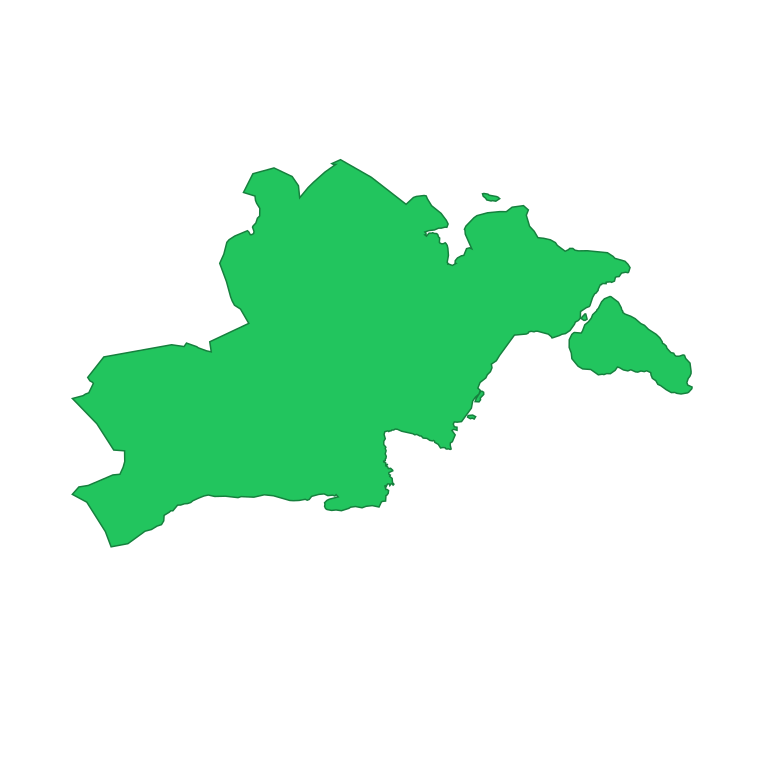 outline of Sorong, Papua Barat, Indonesia, rotated 191°
{"feature_id": "22746128B25112391877259", "entity_name": "Sorong", "entity_type": "district", "adm_level": 2, "iso_a3": "IDN", "parent_name": "Indonesia", "parent_adm1": "Papua Barat", "projection": "albers", "projection_center": [131.348, -1.055], "detail": "fine", "context": "isolated", "style": "filled", "palette": "green", "viewbox_px": 768, "rotation_deg": 191, "n_neighbors": 0, "source": "geoboundaries", "source_scale": "gbopen_adm2", "svg_char_len": 6157}
<svg xmlns="http://www.w3.org/2000/svg" viewBox="0 0 768 768"><g transform="rotate(191 384 384)"><path d="M305.7,333.0L307.4,336.7L307.6,338.9L305.9,340.4L304.4,347.6L308.5,351.4L307.0,352.8L303.5,352.5L304.1,355.5L306.8,355.4L308.4,358.0L307.7,360.2L304.9,360.5L300.7,361.9L293.6,377.0L293.7,384.2L291.7,388.6L288.8,392.3L288.4,396.2L291.1,397.9L290.0,403.8L285.2,409.4L284.4,412.7L281.9,416.4L281.1,420.5L282.4,424.0L278.2,428.2L276.0,434.1L265.3,456.9L253.9,460.2L252.3,461.3L251.8,462.7L249.7,463.8L246.6,463.9L245.1,464.8L243.2,465.1L232.2,464.3L228.5,462.2L228.2,461.4L227.5,461.4L221.0,465.1L218.8,466.8L215.5,468.1L211.6,472.0L208.4,479.0L208.0,481.3L205.5,483.3L204.6,484.6L203.9,486.4L204.9,492.6L199.9,497.6L197.3,499.2L196.8,500.3L195.7,508.9L194.4,512.8L193.3,513.6L191.7,516.7L191.8,518.0L190.6,522.7L189.4,523.1L188.9,524.3L185.1,524.9L185.4,526.2L185.0,526.4L181.3,527.5L180.0,527.2L177.4,529.0L177.2,532.7L176.3,533.6L173.7,534.3L172.0,538.2L168.2,539.8L165.8,539.8L165.2,540.6L164.7,545.2L167.4,548.1L170.9,550.5L181.4,551.4L183.3,552.9L189.7,555.5L209.9,553.6L218.4,551.8L222.1,551.8L224.5,553.1L227.6,552.5L228.5,551.1L231.5,548.9L240.3,553.1L242.7,555.5L248.2,557.3L255.0,557.5L260.8,557.0L265.7,562.6L271.2,566.6L276.5,576.8L275.5,582.4L281.1,585.7L292.0,582.0L296.8,576.5L303.3,575.3L315.1,571.8L324.9,567.0L327.4,564.4L333.7,554.7L334.6,551.2L333.9,550.5L332.8,546.6L323.6,533.4L326.0,534.0L328.8,532.6L330.2,525.5L332.5,524.6L335.9,521.8L337.6,518.7L337.3,516.2L336.4,516.1L339.5,513.4L343.4,514.1L344.5,513.6L344.8,513.5L343.4,514.1L345.2,515.4L345.3,522.6L347.2,529.4L348.4,532.1L349.9,533.7L350.9,534.3L352.4,533.1L354.1,532.6L356.1,533.1L356.7,533.7L357.2,537.9L358.6,538.8L359.7,540.9L361.0,541.7L363.4,541.4L365.1,541.8L365.9,541.2L368.5,540.7L370.5,537.2L372.4,538.2L371.3,538.8L371.6,540.1L372.9,541.0L369.3,543.1L363.8,544.9L360.2,547.4L357.6,547.9L354.0,549.6L352.2,549.8L351.6,553.3L354.0,556.5L360.5,562.4L371.3,568.1L376.7,574.0L378.5,576.7L380.6,576.7L388.0,574.3L390.7,572.7L396.6,564.6L435.9,584.5L469.5,595.9L477.3,590.4L475.7,589.9L473.3,590.3L482.4,580.8L491.7,568.6L496.0,562.3L502.3,550.7L505.8,562.3L513.7,570.1L533.2,575.1L552.8,565.4L558.5,545.2L546.5,543.9L545.2,539.8L543.5,537.1L539.4,532.7L538.1,525.2L539.9,522.6L540.5,517.6L542.7,514.1L543.0,512.9L540.7,508.9L540.7,506.8L542.3,505.4L543.8,505.1L545.8,507.5L547.3,508.4L558.7,500.8L563.6,496.1L565.3,493.1L566.0,480.9L568.3,471.1L558.2,454.5L551.2,440.3L548.9,436.6L545.8,432.8L539.2,430.2L528.3,417.7L563.1,392.2L559.7,382.6L564.7,382.7L573.3,384.1L574.9,384.9L585.7,386.5L587.4,382.6L600.0,382.0L664.2,357.1L676.1,333.9L673.3,331.0L670.6,330.1L669.4,329.1L672.1,319.0L675.2,317.1L677.2,315.1L687.1,310.3L658.3,290.2L636.7,267.6L625.9,268.9L623.7,258.4L624.2,252.4L626.0,245.0L632.8,243.0L654.9,228.0L663.9,224.7L668.9,216.2L653.2,211.3L629.3,185.9L620.8,172.1L604.9,178.4L590.5,193.9L584.5,196.8L579.7,201.2L575.6,203.5L574.1,207.6L574.8,213.1L570.3,217.2L569.2,218.8L567.0,219.3L563.5,225.7L560.5,226.4L556.9,228.4L554.1,229.1L551.1,230.8L549.4,232.9L544.4,236.5L539.4,239.7L535.3,241.5L528.8,241.3L518.3,243.6L505.6,244.6L502.8,246.2L490.1,248.1L480.4,252.4L471.2,253.2L454.3,251.7L450.6,252.2L445.1,253.5L439.3,255.8L437.2,255.3L435.4,256.4L433.6,259.9L426.9,263.2L421.8,264.7L417.8,263.7L413.2,265.1L410.9,264.7L409.9,266.3L407.4,264.4L415.7,260.5L417.8,258.9L419.7,256.1L419.0,254.7L419.0,252.6L417.6,250.6L416.0,249.9L411.3,249.9L407.1,251.2L401.6,251.5L394.8,255.2L393.3,256.7L388.6,258.3L381.9,258.3L378.3,260.5L372.3,262.4L365.4,262.3L364.1,267.5L363.3,268.4L360.1,269.4L360.8,274.8L360.0,275.4L359.0,277.5L359.2,280.3L361.1,281.1L362.0,280.8L363.7,284.1L362.9,284.6L362.2,283.9L361.6,286.3L361.0,286.8L359.7,286.8L358.9,285.4L357.9,287.5L356.8,287.4L355.8,286.5L355.2,287.3L355.6,288.1L356.7,288.5L358.0,292.9L360.8,294.4L360.4,295.8L361.6,296.1L362.2,296.9L362.3,298.0L358.8,300.5L359.1,301.1L361.4,302.5L363.6,301.8L364.5,303.2L366.4,303.9L364.9,305.9L366.9,305.0L367.2,306.8L369.5,307.5L369.6,308.2L368.1,309.0L368.4,310.5L367.9,311.5L368.0,313.5L369.5,315.7L369.2,318.9L370.5,321.0L370.1,322.3L372.7,324.5L373.3,327.8L372.3,330.5L374.3,334.5L374.1,337.3L371.4,338.7L370.2,338.2L369.3,339.2L368.3,339.2L367.5,340.3L365.7,340.7L364.4,341.9L362.2,342.1L357.6,341.0L346.1,340.7L344.1,340.0L342.2,340.8L338.8,339.8L337.6,340.1L335.3,338.4L331.5,338.8L328.2,337.4L325.6,337.4L324.7,338.0L323.5,337.5L323.0,336.4L319.2,335.1L316.3,332.0L314.0,332.9L311.8,333.1L311.1,332.3L309.8,332.1L308.4,332.7L306.6,332.4L305.7,333.0ZM80.9,438.1L81.0,439.8L85.6,440.9L87.0,443.2L86.4,447.5L85.2,449.9L84.6,452.9L85.0,455.1L87.6,462.9L92.7,466.6L94.5,469.5L96.0,469.6L99.5,467.6L102.5,467.0L104.0,467.7L105.5,469.5L108.4,469.6L113.0,473.0L114.2,475.1L116.4,476.5L118.4,477.1L118.9,478.5L122.0,481.9L126.3,484.7L134.8,488.1L139.5,491.3L143.4,492.3L150.0,496.1L154.7,497.6L160.6,498.6L163.3,499.8L163.4,500.9L164.8,502.2L165.7,504.2L169.6,509.0L177.8,513.0L178.9,513.0L183.9,509.7L186.1,506.2L188.0,499.2L189.2,497.3L189.2,496.4L192.4,491.8L193.1,488.1L195.3,483.9L198.2,480.4L199.3,473.8L200.2,471.6L206.9,470.9L207.6,470.4L209.1,468.5L210.6,462.8L209.2,455.2L206.1,450.2L204.4,444.7L196.9,438.5L191.9,436.7L183.8,437.7L175.4,433.9L171.7,435.2L169.9,435.2L167.5,436.7L163.8,437.3L159.7,441.5L158.1,445.2L156.0,445.0L151.7,443.5L147.1,443.4L144.4,445.1L139.4,443.9L137.1,444.1L134.3,445.8L130.9,445.8L128.7,447.1L124.4,446.1L123.5,443.6L121.6,440.7L117.8,439.1L115.1,435.9L112.1,435.2L106.0,432.3L100.3,430.4L96.9,431.2L94.8,430.7L90.5,430.9L84.6,433.1L83.4,434.0L80.9,438.1ZM318.3,584.3L313.8,584.1L312.6,584.7L309.1,584.8L305.8,588.0L307.8,589.2L309.5,589.5L316.8,589.4L318.2,590.2L322.3,590.1L323.6,589.5L322.4,587.2L319.7,585.8L318.3,584.3ZM291.2,384.1L287.3,384.6L286.2,386.9L286.8,388.6L284.1,392.8L284.6,394.9L286.3,395.6L287.5,395.4L290.6,387.7L291.2,384.1ZM200.0,491.2L200.8,490.3L200.9,489.2L202.0,488.4L202.8,485.8L199.9,484.6L198.6,484.9L197.0,486.4L199.3,491.2L200.0,491.2ZM295.6,367.4L292.6,366.4L290.9,367.3L288.8,366.8L287.8,369.4L291.0,370.4L294.9,369.3L295.5,368.8L295.6,367.4Z" fill="#22c55e" stroke="#15803d" stroke-width="1.5"/></g></svg>